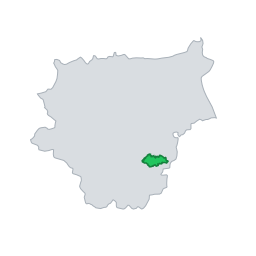 Myadzyel, Minsk, Belarus (highlighted), rotated 168°
{"feature_id": "67162791B89573771278316", "entity_name": "Myadzyel", "entity_type": "district", "adm_level": 2, "iso_a3": "BLR", "parent_name": "Belarus", "parent_adm1": "Minsk", "projection": "albers", "projection_center": [26.974, 54.814], "detail": "medium", "context": "in_parent", "style": "filled", "palette": "green", "viewbox_px": 256, "rotation_deg": 168, "n_neighbors": 0, "source": "geoboundaries", "source_scale": "gbopen_adm2", "svg_char_len": 5207}
<svg xmlns="http://www.w3.org/2000/svg" viewBox="0 0 256 256"><g transform="rotate(168 128 128)"><path d="M209.5,180.2L205.5,180.2L200.8,180.6L198.2,182.7L195.3,181.9L193.3,183.1L188.8,188.5L187.1,191.3L185.6,195.7L184.7,198.9L185.4,201.0L186.3,203.0L186.7,205.2L187.2,206.9L186.1,208.3L185.5,210.1L183.4,209.9L180.9,208.3L180.2,205.8L178.3,204.1L177.0,203.3L174.9,203.2L171.7,204.2L167.4,205.0L164.1,205.3L162.4,206.2L159.8,207.2L158.8,206.2L157.2,203.4L156.0,200.6L155.1,199.4L154.4,199.0L153.5,199.1L152.5,200.1L151.8,201.0L149.1,202.2L148.0,203.2L146.7,205.9L145.8,205.7L144.9,205.1L143.8,202.2L142.4,201.6L140.1,201.6L137.3,201.0L135.0,200.2L134.1,200.4L132.8,201.7L131.3,201.9L128.1,200.8L127.5,201.3L125.7,204.6L124.8,204.7L124.3,204.3L124.5,201.5L122.7,200.5L119.5,200.4L117.3,200.8L116.2,200.7L115.6,200.2L112.9,195.5L111.5,195.2L108.9,195.4L105.2,194.9L100.8,193.8L98.4,193.4L97.2,192.3L94.5,191.9L87.3,189.8L84.4,189.4L80.1,189.3L73.5,188.7L69.3,188.9L67.4,189.5L65.1,189.8L57.3,190.1L54.5,190.5L53.6,191.5L52.6,193.6L49.2,197.2L46.0,199.6L45.4,199.8L43.6,198.4L42.1,197.9L40.3,197.6L39.0,198.0L38.2,198.6L38.2,201.5L36.8,198.2L37.0,195.1L37.9,193.4L38.9,191.9L38.6,189.5L39.7,186.3L39.8,184.0L39.5,183.0L38.8,181.9L36.8,180.5L36.0,179.5L33.3,178.0L30.7,176.2L30.3,175.2L30.5,174.5L31.0,173.5L33.2,170.5L35.6,167.7L37.1,166.5L44.8,163.1L46.0,161.8L46.4,159.5L46.5,154.9L46.2,150.8L45.8,147.9L44.6,142.4L41.3,131.1L39.5,119.4L41.0,120.1L44.5,120.6L47.3,119.9L48.7,119.8L50.0,120.1L53.7,119.6L54.5,120.7L56.1,121.7L59.4,120.5L62.3,119.0L65.2,119.2L65.7,118.4L66.5,114.4L67.5,113.5L71.0,114.0L72.3,113.3L73.7,111.3L75.8,110.1L77.5,110.2L79.3,108.8L80.2,109.8L80.6,111.5L80.0,112.8L80.2,113.3L81.5,114.0L83.6,114.1L85.0,113.5L85.3,112.7L85.3,111.3L85.0,110.0L84.1,108.9L82.4,108.3L81.3,108.2L81.1,107.5L81.5,106.0L82.6,103.2L83.9,100.6L84.7,99.7L84.9,98.8L84.8,97.2L84.8,94.4L86.0,90.5L87.6,87.6L89.7,86.7L92.2,86.2L93.8,84.9L94.6,83.3L95.3,80.7L96.1,80.2L102.1,80.6L103.1,78.1L103.6,77.4L104.7,76.7L105.5,75.8L105.2,75.1L103.7,74.6L100.1,74.2L99.4,73.4L99.6,72.4L100.6,69.8L101.5,66.4L102.0,63.9L102.1,62.3L102.6,61.9L105.5,61.4L106.5,60.9L109.0,57.4L110.9,56.8L115.8,57.7L118.0,57.6L120.9,57.8L121.1,57.5L122.1,54.0L126.9,48.3L129.4,46.4L131.1,45.9L131.6,46.0L134.3,48.9L134.9,49.0L136.6,47.7L139.6,47.6L141.0,48.6L143.0,52.1L144.1,52.5L146.9,50.4L148.5,49.7L149.6,49.7L155.1,52.3L155.6,53.2L155.6,54.3L154.9,57.6L156.1,59.6L157.5,60.9L160.2,58.5L161.2,57.9L162.4,57.8L163.9,56.9L164.9,55.6L166.0,55.1L168.0,55.3L171.6,54.9L176.0,56.6L176.4,57.2L178.6,59.4L179.4,60.6L180.1,60.9L181.3,62.0L182.9,62.6L183.9,62.3L184.5,62.7L185.0,63.5L185.1,65.1L185.2,69.4L183.8,71.8L183.6,72.6L183.8,73.5L185.1,75.3L186.8,78.2L187.3,79.8L187.4,81.1L185.4,85.0L184.7,85.9L184.3,87.7L184.2,89.6L184.4,90.4L188.2,93.1L191.0,94.6L191.6,95.3L191.7,95.8L190.4,99.1L190.4,100.0L192.6,101.2L193.9,103.2L195.2,106.5L197.5,109.6L205.5,113.9L206.3,114.7L206.6,115.7L206.5,117.9L205.3,122.2L206.7,122.8L210.1,122.4L214.3,122.6L219.6,125.2L219.7,126.5L219.3,127.8L219.7,129.1L220.4,130.1L225.0,133.1L225.5,134.1L225.7,135.7L225.7,136.9L224.5,137.2L223.2,137.9L221.1,139.5L220.4,141.6L217.0,144.7L214.9,146.1L213.1,146.3L208.9,146.0L207.3,144.7L206.6,143.5L205.0,143.0L202.9,143.1L199.9,143.5L199.3,144.0L199.0,145.5L197.9,148.3L197.1,149.8L201.1,154.9L203.2,156.9L203.9,158.2L203.9,159.1L203.1,160.3L203.4,162.5L205.4,165.3L204.8,165.8L204.9,169.5L205.1,173.3L205.7,174.2L206.8,174.9L207.7,176.3L209.3,179.4L209.5,180.2Z" fill="#d9dde1" stroke="#a8b0b8" stroke-width="1"/><path d="M99.1,91.7L100.8,93.6L101.5,93.8L101.5,94.1L102.2,94.3L102.4,94.7L102.9,94.6L103.2,93.8L103.6,93.7L103.8,93.2L104.0,93.0L104.4,93.3L104.7,93.4L104.9,94.0L105.4,93.8L105.9,94.1L106.3,93.7L106.6,93.7L106.7,93.9L106.7,94.4L106.9,94.5L107.2,93.9L107.2,93.7L107.0,93.3L107.2,93.1L107.5,93.5L107.9,93.6L108.1,94.1L108.3,94.2L108.5,95.4L108.8,95.2L109.2,95.5L109.5,95.5L110.3,94.9L110.7,95.1L111.2,95.1L111.2,95.3L110.8,95.5L110.8,95.8L111.0,96.1L111.7,96.2L111.8,96.3L111.8,96.8L111.6,97.3L112.0,97.3L111.9,97.9L112.1,98.0L112.3,97.9L113.3,97.9L113.7,97.6L114.5,97.5L114.7,97.0L114.6,96.7L115.9,96.3L116.7,95.6L117.0,95.1L117.2,95.5L117.4,95.5L117.8,95.3L118.1,95.0L118.7,94.9L118.7,94.7L118.4,94.3L118.7,93.9L118.9,93.5L119.3,93.7L120.0,93.7L120.3,93.6L120.5,93.3L121.0,93.0L120.9,91.8L120.6,91.6L120.2,91.8L120.0,92.0L119.8,91.9L119.8,91.7L119.9,91.0L119.7,90.8L118.7,90.1L118.0,90.2L117.6,90.1L117.3,89.9L116.9,89.0L116.6,88.8L116.2,88.7L116.1,88.2L116.3,87.6L115.7,87.1L115.2,86.4L115.3,85.9L115.1,85.6L114.4,85.7L113.9,85.3L113.4,85.3L113.0,85.6L111.5,85.3L111.3,85.5L111.3,86.0L110.6,86.0L110.0,86.3L109.1,86.3L109.0,86.1L109.1,85.6L108.9,85.4L108.3,85.0L107.8,84.7L107.1,85.3L106.9,85.3L106.5,85.1L106.3,85.1L106.3,86.5L105.3,86.2L105.0,86.4L104.7,86.8L103.4,86.1L102.5,86.0L102.2,86.2L102.1,86.3L102.4,86.6L102.3,86.9L101.6,87.3L100.7,86.8L99.7,86.8L98.5,86.3L97.5,85.7L97.3,85.8L97.2,86.0L97.3,86.3L97.1,86.5L96.5,86.5L95.8,87.0L96.0,87.7L97.0,88.0L97.3,88.4L97.5,89.0L97.3,89.2L97.3,90.0L97.1,90.7L97.3,91.3L97.5,91.4L97.9,91.2L98.2,91.2L98.7,91.0L98.9,91.0L99.1,91.3L99.1,91.7Z" fill="#22c55e" stroke="#15803d" stroke-width="1.5"/></g></svg>